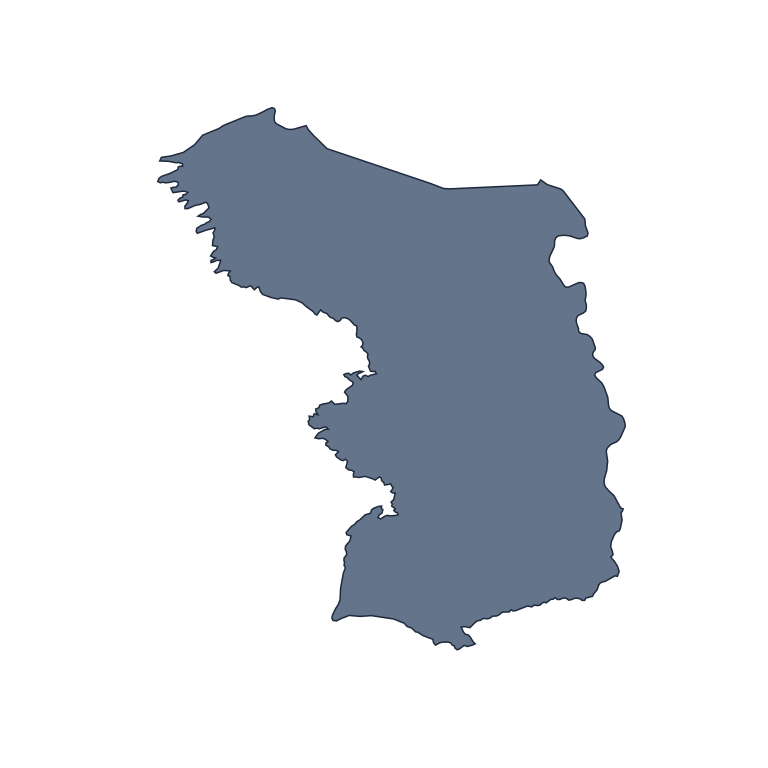 the district of Cuiabá, Mato Grosso, Brazil, rotated 197°
{"feature_id": "56859067B53289335762080", "entity_name": "Cuiabá", "entity_type": "district", "adm_level": 2, "iso_a3": "BRA", "parent_name": "Brazil", "parent_adm1": "Mato Grosso", "projection": "albers", "projection_center": [-55.911, -15.41], "detail": "fine", "context": "isolated", "style": "filled", "palette": "slate", "viewbox_px": 768, "rotation_deg": 197, "n_neighbors": 0, "source": "geoboundaries", "source_scale": "gbopen_adm2", "svg_char_len": 6171}
<svg xmlns="http://www.w3.org/2000/svg" viewBox="0 0 768 768"><g transform="rotate(197 384 384)"><path d="M118.8,334.5L121.5,334.7L131.4,344.5L137.8,347.6L142.1,350.3L143.6,351.9L145.0,354.9L145.6,358.2L145.7,366.2L147.5,375.5L151.8,384.7L151.9,387.3L151.0,389.8L149.2,392.7L144.6,396.8L143.0,399.5L142.2,402.5L141.0,412.2L141.0,414.3L142.2,417.1L144.7,420.8L147.1,422.9L158.6,425.0L160.8,426.3L162.5,428.1L166.1,436.7L172.8,445.6L176.1,448.7L182.6,451.9L185.2,454.1L184.9,456.7L179.4,461.8L178.9,464.3L180.6,466.1L183.9,467.9L189.8,469.9L192.0,471.3L193.2,473.3L193.1,475.9L192.1,478.6L192.6,480.6L197.9,487.8L200.7,489.6L204.2,490.7L210.4,489.9L213.2,491.1L214.2,493.9L217.6,498.4L218.9,501.3L219.2,503.9L218.3,506.4L214.2,510.1L212.4,512.7L212.8,516.4L214.0,519.5L216.1,522.6L216.7,527.8L217.6,530.6L220.2,536.1L222.6,538.7L224.9,538.7L227.3,538.0L236.0,530.5L239.0,529.8L241.6,531.6L246.3,535.8L251.2,538.8L253.4,540.7L257.2,545.5L261.7,549.0L262.7,552.8L262.7,555.1L261.4,563.7L261.4,565.9L262.7,571.0L262.3,574.4L260.3,576.8L255.3,578.9L249.8,579.9L241.8,579.7L239.0,580.2L235.9,582.1L232.8,585.1L233.1,588.2L237.6,594.1L240.2,600.5L269.2,621.2L272.0,622.2L286.1,622.4L293.8,625.0L295.5,619.3L378.3,589.8L384.1,588.4L398.9,589.4L507.3,592.4L524.1,601.1L530.2,604.7L534.1,608.3L545.0,601.2L549.0,599.7L552.4,599.4L562.3,601.3L564.4,602.1L566.1,604.1L567.4,608.4L567.7,613.2L569.3,615.4L571.9,615.5L576.1,612.3L578.5,609.7L585.1,603.7L589.1,601.5L591.3,601.0L594.1,599.7L596.8,597.6L610.5,586.5L613.4,584.0L616.6,580.0L630.2,568.9L635.0,557.6L643.6,546.8L654.6,539.7L663.1,535.7L663.7,531.7L655.3,533.9L647.5,534.8L645.3,535.7L641.0,535.6L640.2,533.3L642.5,532.8L644.3,531.3L643.9,528.8L650.0,523.0L657.1,517.8L659.2,515.1L659.6,511.5L656.8,511.0L654.3,512.4L652.0,512.4L648.8,513.7L643.4,516.7L639.9,516.7L638.9,514.4L640.6,511.2L643.4,510.4L645.1,509.0L641.7,505.3L632.9,509.5L630.0,510.1L627.7,509.9L629.0,507.5L631.6,506.0L631.0,504.1L633.6,502.0L634.8,499.5L633.4,498.2L627.4,502.0L624.7,502.1L625.2,498.9L626.4,496.0L625.6,493.5L622.8,494.4L616.9,499.5L612.3,502.0L607.5,505.7L605.5,505.0L602.8,501.4L606.8,494.1L609.0,492.5L610.9,490.1L606.3,490.7L600.5,492.3L597.5,490.9L598.7,488.1L600.8,486.4L601.9,484.7L605.4,482.0L608.6,478.2L608.2,475.0L606.6,473.5L599.1,479.1L591.3,483.9L590.9,481.5L591.7,478.6L589.3,475.2L589.7,471.7L588.5,466.2L583.3,466.7L583.5,463.7L585.8,460.9L587.3,455.7L584.4,455.2L582.1,455.3L583.9,452.8L585.6,451.8L585.0,449.6L582.4,451.1L580.4,453.1L576.2,454.6L576.5,446.3L579.1,441.8L577.0,440.8L570.5,445.7L564.0,447.2L565.0,444.4L565.1,442.1L562.7,441.7L561.3,438.3L559.2,436.5L551.4,435.8L548.9,434.9L546.4,435.9L543.9,435.9L540.3,439.0L535.5,436.2L533.9,439.1L532.3,440.4L529.1,436.1L526.2,434.2L517.9,433.7L510.1,434.2L507.7,436.2L493.4,438.6L486.1,437.7L481.0,435.3L472.8,432.5L470.8,430.9L468.4,430.3L466.2,436.4L463.6,435.0L458.9,434.6L456.5,432.8L454.5,432.0L451.5,431.9L449.0,430.5L446.6,430.1L444.7,431.6L443.5,434.8L441.3,435.9L438.2,436.0L435.2,435.1L429.3,431.7L426.9,431.5L425.2,426.0L425.0,423.4L423.6,421.0L421.2,420.9L418.5,419.9L416.1,417.3L415.8,414.7L416.8,412.8L414.8,412.1L412.9,410.2L410.5,409.5L408.1,408.0L407.9,405.5L406.9,403.5L404.7,401.6L403.6,399.0L404.1,396.4L400.6,392.3L398.2,392.6L396.4,393.5L394.2,391.6L399.6,388.4L401.4,386.5L404.3,386.9L406.2,385.7L407.4,381.4L412.4,384.4L411.4,386.7L409.3,388.1L407.9,389.7L411.3,389.2L416.5,385.6L418.4,382.9L420.8,384.0L423.2,382.9L425.2,381.2L423.5,379.6L421.2,379.5L418.7,378.0L414.1,376.6L413.6,373.9L418.5,367.5L419.4,364.7L414.9,361.6L413.5,356.8L414.4,354.2L417.2,353.7L425.0,350.2L429.3,352.4L431.1,349.8L437.1,346.7L439.3,345.0L439.4,342.2L442.0,340.1L440.9,337.6L438.2,335.3L442.1,335.2L442.2,332.0L446.2,331.4L444.7,328.3L445.6,326.1L443.8,323.0L437.5,320.8L435.3,322.2L432.8,322.2L427.1,326.1L424.0,324.5L427.1,323.4L432.5,317.6L434.3,312.3L430.7,312.5L426.1,314.3L423.3,313.7L420.8,312.8L422.3,310.5L421.6,308.4L418.5,307.8L416.4,306.0L412.8,305.8L410.3,306.7L407.8,306.0L409.8,302.0L407.9,300.3L402.8,298.7L400.7,298.8L398.8,300.8L396.2,299.2L396.1,292.8L392.6,291.5L389.8,292.0L386.9,291.4L386.9,288.5L385.9,286.1L383.5,287.0L381.0,287.1L374.9,290.2L366.8,290.0L364.5,289.5L361.3,293.8L359.1,293.3L358.0,290.9L355.5,289.8L353.9,287.5L348.2,290.4L346.6,288.5L344.8,287.4L346.1,283.0L343.8,282.3L341.5,283.1L340.9,276.5L342.7,273.2L341.0,271.6L340.9,269.4L336.7,268.0L337.7,265.9L335.8,264.9L333.3,264.6L332.4,262.6L339.5,259.7L342.4,259.4L344.7,257.7L347.8,254.0L350.7,254.5L350.2,257.4L348.2,260.0L348.3,263.4L350.2,264.4L350.6,266.6L353.4,265.4L357.3,262.4L359.1,260.1L359.1,256.5L363.8,253.4L367.4,247.0L369.7,244.5L371.1,241.1L373.5,238.4L376.8,230.8L375.5,229.0L371.1,229.0L370.8,223.9L373.4,218.0L372.9,214.8L371.2,212.9L369.8,210.2L371.3,205.8L370.8,203.7L369.5,201.5L369.2,198.9L367.1,196.9L367.6,191.5L365.8,176.0L363.0,165.0L363.2,160.0L364.7,154.7L365.7,147.9L365.4,144.9L363.8,143.0L360.2,143.5L356.1,147.4L349.6,152.5L339.1,154.7L328.3,158.8L306.1,162.1L294.6,161.1L291.1,158.9L285.8,158.6L281.4,156.2L279.2,156.5L273.3,154.8L262.7,154.1L260.9,151.0L258.4,149.3L255.0,152.8L252.4,154.3L247.7,155.8L244.7,156.0L242.4,154.3L240.2,154.1L239.2,152.4L236.6,151.2L234.7,152.4L230.8,157.5L227.6,157.3L223.2,160.1L220.8,162.2L222.8,163.1L227.8,167.4L230.1,168.7L233.0,168.5L235.4,169.9L239.1,174.2L235.2,175.8L230.7,176.0L227.4,182.1L225.3,184.9L222.4,186.4L220.9,188.7L216.0,189.8L213.7,191.6L212.5,193.6L208.4,195.1L206.4,197.0L204.2,200.4L197.4,202.8L196.5,205.3L194.2,204.7L191.6,205.9L181.9,213.6L177.6,214.0L175.5,216.6L172.6,216.9L170.0,218.3L169.0,220.5L166.9,222.2L164.9,222.1L161.6,226.7L159.1,227.8L158.0,229.7L155.1,228.6L152.6,229.5L150.8,231.1L147.7,232.5L144.1,231.3L141.2,232.9L139.4,234.6L137.1,235.5L133.8,235.9L131.3,235.0L128.8,235.8L128.4,238.3L122.4,242.0L122.2,244.4L120.0,249.6L119.9,254.3L119.1,256.8L117.3,258.5L114.8,259.9L107.0,268.1L104.6,268.3L104.3,273.5L107.5,278.1L112.4,282.3L114.3,283.1L116.3,284.9L115.1,288.0L116.9,291.0L119.5,294.3L120.5,299.4L119.7,306.6L118.6,310.2L116.1,312.4L115.7,314.5L116.5,323.3L119.6,330.0L118.8,332.3L118.8,334.5Z" fill="#64748b" stroke="#1e293b" stroke-width="1.5"/></g></svg>